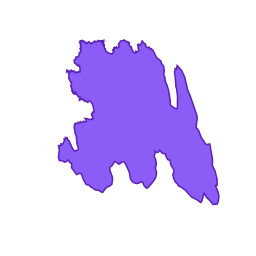 Borgarfjarðarhreppur, Austurland, Iceland, rotated 255°
{"feature_id": "244011B88653491645149", "entity_name": "Borgarfjarðarhreppur", "entity_type": "district", "adm_level": 2, "iso_a3": "ISL", "parent_name": "Iceland", "parent_adm1": "Austurland", "projection": "natural_earth1", "projection_center": [-13.775, 65.462], "detail": "fine", "context": "isolated", "style": "filled", "palette": "violet", "viewbox_px": 256, "rotation_deg": 255, "n_neighbors": 0, "source": "geoboundaries", "source_scale": "gbopen_adm2", "svg_char_len": 5838}
<svg xmlns="http://www.w3.org/2000/svg" viewBox="0 0 256 256"><g transform="rotate(255 128 128)"><path d="M173.2,188.9L171.5,188.4L170.7,187.7L168.8,187.1L166.5,187.1L155.5,185.0L153.1,185.1L145.6,184.0L134.3,180.8L133.9,180.1L134.9,178.3L137.0,176.4L139.2,174.9L144.5,176.1L145.1,175.9L149.7,176.6L154.5,176.9L158.6,176.8L163.3,176.1L167.6,176.7L169.7,176.2L174.5,178.0L178.7,178.4L181.4,177.1L183.4,177.2L184.6,176.8L188.6,173.8L196.8,172.2L198.8,170.7L199.1,170.1L198.7,169.9L200.7,169.2L200.4,167.8L201.9,166.5L203.2,166.2L203.6,166.2L203.8,166.7L204.9,166.4L206.4,164.8L208.3,164.5L208.3,164.0L207.6,164.0L207.4,163.1L205.4,162.2L204.8,161.4L205.1,160.6L206.0,160.3L206.3,159.6L206.1,159.0L205.2,158.7L203.8,159.0L202.8,158.4L201.7,158.6L200.0,158.4L199.1,157.0L199.1,156.5L200.1,155.5L198.9,155.2L198.6,154.5L199.2,153.3L199.8,153.0L204.1,152.0L205.3,152.3L206.3,151.3L208.1,150.8L209.1,150.8L209.7,151.2L209.6,150.6L210.8,150.6L210.8,150.0L211.8,149.4L211.7,148.8L212.2,148.8L212.9,147.8L213.7,147.5L213.5,147.2L214.0,146.7L213.6,146.0L213.9,144.9L213.6,144.1L214.0,143.2L213.2,142.8L213.0,142.2L211.8,140.7L210.8,140.3L209.0,140.5L208.3,139.7L208.1,138.1L210.1,137.8L208.7,137.7L208.9,136.2L209.5,135.8L209.3,135.2L208.7,134.8L208.0,135.1L207.3,134.8L207.8,134.5L207.6,133.7L206.1,133.9L206.4,133.5L205.2,133.4L204.1,132.7L203.9,131.8L204.3,130.4L205.8,128.2L208.5,126.3L209.6,126.3L210.3,126.6L211.0,126.0L212.4,126.0L214.5,126.5L214.2,125.7L215.2,125.4L215.7,125.5L216.0,126.0L216.4,125.8L216.7,126.3L216.9,126.3L217.0,125.7L217.6,125.8L217.9,126.6L218.0,126.1L218.8,126.7L218.6,126.0L219.2,126.6L218.7,125.4L219.2,125.2L219.2,124.9L218.4,124.6L219.0,124.3L219.7,124.5L219.4,124.3L219.5,123.6L220.0,123.9L219.2,122.8L220.2,121.5L219.5,121.3L219.5,120.4L219.9,118.7L220.5,118.4L219.8,117.9L219.6,117.3L220.1,116.8L219.5,116.3L219.2,115.7L219.4,115.1L218.8,114.5L219.7,113.5L221.1,113.0L221.4,111.8L220.5,110.9L220.3,110.1L220.5,109.7L221.4,109.5L221.1,109.0L221.9,108.4L223.1,108.4L223.3,107.8L223.0,106.6L223.5,107.2L224.4,106.5L223.6,105.5L223.9,105.1L224.5,105.2L224.3,104.0L223.6,103.5L223.4,103.8L223.6,104.4L223.0,104.4L222.0,103.5L221.8,103.9L219.2,103.7L219.2,103.2L218.1,103.4L217.7,102.9L217.1,102.9L217.1,102.4L216.3,102.8L216.1,102.4L215.4,102.6L214.0,102.2L213.9,101.5L213.1,101.2L213.3,100.9L213.1,100.3L210.7,99.5L210.2,98.5L209.2,97.7L210.1,96.3L209.2,95.5L208.2,95.4L207.6,94.5L207.7,93.7L207.4,93.5L205.4,93.2L204.6,93.3L202.9,94.6L202.7,95.1L202.0,95.0L201.2,96.0L201.4,96.4L200.8,96.2L200.9,96.5L200.7,96.8L199.8,97.2L196.7,96.8L195.0,96.2L195.2,95.8L194.7,95.7L195.2,95.3L194.7,94.5L195.1,94.1L194.9,93.8L195.1,93.1L194.9,92.8L195.0,92.3L195.6,92.1L195.2,91.0L197.2,90.5L197.0,89.3L197.6,88.9L197.3,88.8L197.8,88.3L197.6,87.9L198.4,87.8L197.9,87.1L196.9,86.7L197.3,86.3L197.1,85.7L198.2,85.7L198.1,85.4L199.0,84.7L198.2,84.2L196.9,84.7L194.7,84.8L191.5,83.6L187.0,84.5L187.1,84.9L185.7,85.1L185.1,84.9L183.5,83.4L182.0,83.9L181.3,83.6L180.6,84.0L178.1,83.4L178.0,84.5L176.3,83.7L176.0,83.9L176.6,84.5L175.5,84.8L175.3,85.3L175.1,84.6L174.8,84.7L174.8,85.1L175.7,85.9L174.7,85.9L175.2,86.7L174.2,86.5L173.4,87.6L172.5,87.5L170.9,88.1L170.3,89.4L169.5,89.5L168.3,88.9L168.5,88.5L167.3,88.2L167.5,89.0L168.6,89.2L168.3,89.5L169.0,89.3L169.3,89.5L168.7,89.5L168.6,89.8L167.9,89.6L168.5,90.0L168.5,90.4L167.3,90.7L167.0,91.5L167.5,91.6L167.7,92.1L166.9,92.6L165.5,92.8L165.4,93.3L165.0,93.3L165.1,94.1L163.1,95.8L164.3,96.9L164.3,97.5L162.9,98.9L161.3,99.5L158.6,99.9L154.1,99.8L152.1,99.0L152.6,98.3L151.4,97.3L151.5,96.8L150.8,96.4L149.6,96.4L149.3,96.8L149.0,96.4L147.3,96.9L146.4,96.7L145.8,95.8L147.1,95.7L145.7,95.7L146.0,94.5L145.8,93.5L147.4,91.3L147.3,90.6L147.7,90.4L147.5,90.2L148.1,89.0L146.5,89.7L145.1,89.3L144.8,88.8L146.0,87.0L146.0,86.5L145.4,86.2L145.3,85.4L145.6,84.0L146.3,83.6L145.8,83.1L145.7,82.6L146.4,81.5L146.0,80.9L145.8,79.7L146.1,78.3L145.4,78.0L145.6,77.7L145.0,77.1L141.9,76.0L139.6,76.2L138.6,75.7L135.8,75.6L133.0,75.9L126.5,74.6L121.2,74.8L120.3,74.4L119.8,73.7L119.5,72.0L119.8,70.1L123.3,69.0L130.7,67.8L132.7,66.7L134.4,66.7L134.6,66.0L134.3,65.5L134.9,65.1L133.7,64.7L133.5,64.2L133.9,63.5L132.4,63.4L129.5,60.9L129.7,59.8L128.8,59.4L129.4,59.1L128.8,59.0L128.8,57.5L128.0,57.0L129.4,56.9L128.7,56.6L129.6,56.4L124.0,55.9L122.5,55.0L117.3,53.1L114.1,53.4L113.9,55.1L111.4,58.2L111.2,58.9L112.6,62.1L110.0,62.7L109.1,63.3L108.4,64.4L104.2,63.2L96.3,66.3L96.8,69.7L95.6,71.2L89.9,71.5L84.6,72.9L83.8,73.6L83.2,75.3L80.4,77.0L79.6,78.0L76.6,80.5L75.4,83.6L73.4,85.3L72.4,86.7L72.5,87.3L74.7,89.5L76.2,92.1L77.0,96.2L77.9,97.9L82.4,99.8L84.9,100.2L91.3,99.6L94.0,100.0L95.0,100.9L95.8,102.8L96.8,104.1L99.0,106.1L98.9,106.7L97.1,108.6L95.4,109.8L95.4,110.5L96.7,113.6L96.7,114.6L96.4,115.4L93.5,116.4L85.1,117.8L78.0,117.2L75.9,117.9L73.9,119.1L72.1,122.0L71.9,124.0L72.6,126.5L72.3,127.4L71.4,128.1L68.4,128.6L66.6,129.4L65.2,130.2L65.0,131.3L67.7,135.6L71.4,140.4L73.0,141.9L76.9,143.8L78.7,144.1L82.6,144.0L84.2,145.4L87.3,146.3L91.2,146.5L94.1,145.8L95.9,147.3L98.4,148.1L97.5,148.6L96.7,150.4L96.9,151.1L98.4,152.9L95.5,154.1L94.5,154.9L93.9,156.0L93.7,157.4L91.0,157.4L87.6,158.0L86.7,158.7L86.1,160.2L81.4,159.8L76.7,161.2L74.3,161.2L73.3,160.9L72.1,159.6L71.4,159.3L67.7,159.0L63.1,159.9L61.4,161.2L59.1,161.7L57.4,163.7L53.3,167.2L44.9,171.5L40.8,176.1L37.4,178.7L37.3,179.3L38.9,180.8L44.6,184.1L45.1,184.7L40.2,186.1L36.7,188.3L32.1,190.4L31.5,194.7L35.1,196.9L39.1,198.3L44.8,198.3L49.7,197.4L49.4,198.7L49.6,199.3L55.2,200.7L63.4,201.0L70.5,199.7L73.0,200.8L76.0,201.5L91.4,202.9L91.7,199.6L92.3,198.9L100.1,196.3L107.6,195.5L111.1,193.9L119.2,197.3L122.3,197.8L142.6,196.4L149.1,195.5L162.6,195.9L169.5,194.7L175.6,191.7L172.3,190.1L173.2,188.9ZM199.4,84.5L199.7,83.9L198.4,83.4L198.9,84.2L199.4,84.5Z" fill="#8b5cf6" stroke="#5b21b6" stroke-width="1.5"/></g></svg>